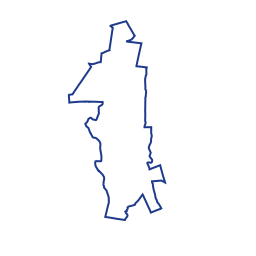 the district of Silistea, Constanta, Romania, rotated 306°
{"feature_id": "2599482B45895397072447", "entity_name": "Silistea", "entity_type": "district", "adm_level": 2, "iso_a3": "ROU", "parent_name": "Romania", "parent_adm1": "Constanta", "projection": "robinson", "projection_center": [28.219, 44.429], "detail": "fine", "context": "isolated", "style": "outline", "palette": "blue", "viewbox_px": 256, "rotation_deg": 306, "n_neighbors": 0, "source": "geoboundaries", "source_scale": "gbopen_adm2", "svg_char_len": 5319}
<svg xmlns="http://www.w3.org/2000/svg" viewBox="0 0 256 256"><g transform="rotate(306 128 128)"><path d="M206.6,79.2L207.1,77.8L211.7,67.3L212.4,66.1L212.5,65.8L213.3,63.7L207.8,59.4L204.7,57.0L200.6,53.8L200.3,53.8L200.3,54.0L200.1,55.2L200.2,56.7L196.5,58.6L193.2,60.3L185.2,64.5L180.1,67.1L180.0,67.3L179.1,66.6L178.1,65.9L175.4,64.3L174.1,63.7L173.3,63.1L172.9,62.7L170.4,64.2L167.0,66.2L165.4,67.1L165.2,67.2L164.7,66.5L164.5,66.3L164.4,66.2L164.2,66.0L163.7,65.5L160.3,63.1L159.4,62.3L158.8,61.7L158.0,60.4L157.2,58.7L157.0,59.0L155.7,62.3L148.9,62.5L142.2,62.7L136.1,62.9L135.1,62.8L131.1,63.0L127.1,63.1L122.6,63.3L120.8,61.4L120.1,60.8L119.9,60.8L118.1,62.2L116.1,63.9L114.9,65.0L114.3,65.5L114.1,65.6L115.2,66.8L117.7,69.7L120.2,72.6L122.7,75.8L124.6,78.3L124.4,78.3L125.0,79.0L126.2,80.6L126.5,81.0L127.3,82.2L127.2,82.2L127.5,82.5L130.3,86.5L132.2,89.4L133.8,91.8L134.2,92.1L134.1,92.3L132.5,93.3L132.1,93.4L131.7,93.4L130.5,92.9L128.6,92.1L128.2,92.0L127.4,92.1L126.8,92.6L126.3,93.0L123.9,94.9L122.9,95.7L122.6,95.9L120.2,96.5L116.5,97.5L115.8,97.5L115.4,97.2L114.4,94.7L114.2,94.3L114.3,93.4L114.4,93.1L114.5,92.5L114.5,92.0L114.3,91.7L113.9,91.4L112.3,90.7L112.1,90.7L111.7,90.8L110.4,91.1L109.1,91.4L108.8,91.4L108.1,91.3L106.9,91.1L106.5,91.0L106.2,91.1L105.6,92.0L105.3,92.6L104.9,93.3L104.7,96.1L104.5,96.4L103.4,98.0L103.0,98.5L102.3,99.7L101.9,100.4L101.8,100.9L101.7,100.9L100.1,104.3L99.9,104.6L99.8,105.0L100.0,105.8L100.2,106.3L100.6,106.8L101.1,108.4L101.1,108.6L100.9,109.9L100.7,111.7L100.6,112.3L99.9,113.6L99.3,114.6L99.0,115.0L96.7,116.5L95.8,117.0L95.2,117.4L93.4,119.2L91.1,121.6L89.5,123.1L88.6,123.8L87.4,124.6L86.3,125.4L85.9,125.6L85.6,125.7L85.4,125.7L85.1,125.4L84.5,124.7L83.1,122.7L82.6,121.8L82.2,121.5L81.8,121.3L81.3,121.5L80.8,121.7L80.6,121.8L80.1,122.3L79.4,122.9L78.7,123.6L78.2,124.1L77.8,125.0L76.9,127.0L76.5,128.1L76.2,128.7L76.1,128.8L75.9,129.6L76.2,129.7L76.3,129.7L75.8,132.3L75.4,134.5L75.3,134.9L75.2,135.3L74.8,136.0L74.6,136.7L74.3,137.2L74.2,137.4L73.6,138.0L72.7,138.8L72.4,138.9L72.2,138.9L71.6,139.2L70.4,139.8L69.9,140.0L69.6,140.2L69.3,140.4L69.0,140.7L67.2,141.8L67.1,142.0L66.9,142.5L66.7,143.0L66.4,143.2L65.9,143.6L65.7,143.7L65.6,144.0L65.5,144.5L65.3,145.4L65.3,145.5L64.8,147.1L64.7,147.5L63.7,148.8L63.4,149.3L62.7,150.3L61.5,151.9L61.2,152.4L60.8,152.9L60.4,153.3L59.9,153.7L58.6,154.6L57.7,155.4L56.9,155.9L56.2,156.4L54.7,157.0L52.0,158.0L47.3,160.0L42.7,161.9L44.9,166.1L46.1,168.5L47.3,171.0L48.5,173.4L49.1,174.5L51.0,178.1L51.8,179.6L52.3,179.4L52.6,179.3L53.5,179.3L55.1,179.4L55.8,179.4L56.6,179.2L57.2,178.8L57.4,178.5L57.7,178.0L57.8,176.8L57.9,176.5L58.9,174.9L59.0,174.9L59.9,175.8L60.2,175.4L60.7,175.3L61.7,175.2L62.2,175.2L62.5,175.2L62.9,174.9L63.2,174.5L63.6,174.4L64.0,174.4L64.6,174.5L65.1,174.9L66.9,176.4L69.7,178.6L70.3,178.7L70.7,178.4L70.8,178.4L71.1,178.3L71.5,178.3L74.8,178.8L75.6,178.9L76.0,178.9L77.7,178.9L82.8,178.9L82.4,179.8L82.0,180.5L80.2,183.6L79.0,185.9L78.0,187.6L76.0,191.1L74.2,194.4L73.0,196.2L76.2,198.2L80.7,201.1L81.1,201.4L81.9,201.9L82.5,202.2L83.3,200.7L84.0,199.1L84.6,197.5L85.0,196.1L85.2,195.3L85.6,194.7L86.2,194.0L86.6,193.5L86.8,193.0L87.2,192.1L87.8,191.3L89.6,189.5L91.8,186.8L92.7,185.7L93.2,185.0L94.1,184.0L95.7,182.4L96.9,181.3L97.4,180.9L97.6,180.6L97.8,180.0L98.1,179.5L98.6,179.1L99.0,178.8L99.1,179.0L100.1,180.1L104.3,185.0L104.5,185.2L105.0,185.7L105.1,186.0L105.7,190.0L106.8,188.6L109.8,184.5L114.5,178.7L116.8,175.9L113.4,173.7L107.2,169.7L107.6,169.3L108.1,168.9L108.5,168.3L109.1,167.4L109.8,166.1L110.3,165.2L110.7,164.6L110.8,164.4L111.0,164.2L111.3,164.2L111.7,164.3L112.0,164.5L112.5,165.1L112.7,165.6L113.0,166.3L113.2,166.8L113.4,167.0L113.8,167.2L114.1,167.3L114.7,167.3L115.0,167.2L115.6,166.8L116.2,166.5L116.6,165.9L116.9,164.9L117.4,163.2L117.6,162.4L117.9,162.0L118.3,161.8L119.5,161.5L120.7,161.1L121.2,161.0L121.5,160.6L121.7,160.3L122.2,159.6L122.7,158.6L123.1,157.9L123.5,157.2L123.8,156.8L124.4,156.4L125.1,156.0L126.3,155.6L127.3,155.4L128.1,155.3L129.3,155.1L130.0,154.8L130.3,154.7L131.1,154.3L131.9,153.7L132.5,153.2L132.8,153.1L133.5,152.8L134.4,152.4L135.0,152.2L135.4,152.0L135.9,151.6L136.3,151.1L136.8,150.5L137.3,150.0L138.1,149.3L139.2,148.6L140.2,147.8L140.9,147.3L142.3,146.3L142.2,146.2L138.7,141.4L138.3,140.9L138.6,140.6L139.9,140.1L140.2,140.0L140.8,139.9L141.3,139.7L142.3,139.3L142.7,139.0L143.3,138.6L143.7,137.8L148.7,134.3L148.8,134.3L151.3,132.3L151.7,132.0L152.7,131.3L154.3,130.2L158.4,127.3L163.1,124.0L163.3,124.0L163.8,123.9L165.0,123.2L165.4,122.8L165.7,122.7L166.5,122.3L167.0,122.0L167.8,121.5L168.2,121.2L168.8,120.5L169.3,120.0L169.5,119.3L170.8,118.4L171.6,117.8L173.0,116.7L175.5,114.7L177.2,113.4L178.0,112.9L178.8,112.5L179.4,112.4L179.9,112.2L180.7,111.6L180.9,111.6L181.7,111.5L182.1,111.4L182.4,111.3L183.2,110.6L183.8,110.1L184.0,110.0L184.7,109.5L185.2,109.1L185.5,108.8L185.8,108.6L186.6,108.2L187.2,107.9L187.1,107.6L187.3,107.5L187.7,107.3L187.9,107.3L185.9,103.7L182.9,98.5L183.0,98.4L185.1,97.5L188.9,95.8L196.4,92.5L204.4,89.1L200.4,81.9L198.3,78.2L197.3,76.3L197.4,76.2L197.6,76.1L198.1,76.5L198.6,76.9L199.3,77.4L200.3,78.1L200.8,78.4L201.2,78.6L201.8,78.8L202.4,79.0L202.7,79.0L203.7,79.1L204.6,79.2L205.0,79.1L205.7,79.1L206.0,79.1L206.6,79.2Z" fill="none" stroke="#1e3a8a" stroke-width="2"/></g></svg>